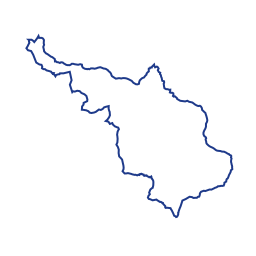 Frodisia, Nicosia, Cyprus, rotated 274°
{"feature_id": "46923920B95052440954476", "entity_name": "Frodisia", "entity_type": "district", "adm_level": 2, "iso_a3": "CYP", "parent_name": "Cyprus", "parent_adm1": "Nicosia", "projection": "albers", "projection_center": [32.668, 35.09], "detail": "fine", "context": "isolated", "style": "outline", "palette": "blue", "viewbox_px": 256, "rotation_deg": 274, "n_neighbors": 0, "source": "geoboundaries", "source_scale": "gbopen_adm2", "svg_char_len": 5692}
<svg xmlns="http://www.w3.org/2000/svg" viewBox="0 0 256 256"><g transform="rotate(274 128 128)"><path d="M105.5,233.0L105.7,232.8L106.5,232.9L107.2,233.0L107.8,232.6L108.3,231.1L109.1,230.4L109.3,229.3L109.8,228.4L110.3,227.5L110.6,226.7L111.1,225.4L111.0,223.5L111.5,221.7L111.5,220.5L111.6,218.8L111.8,217.9L112.3,216.9L112.9,216.1L113.5,215.2L114.2,213.9L114.6,212.8L115.0,211.7L115.5,210.6L116.0,209.8L116.6,209.0L117.2,208.3L117.7,207.7L118.5,207.2L120.1,206.9L121.4,206.4L122.3,206.2L123.1,206.7L123.8,206.5L124.6,205.8L125.1,204.8L126.2,204.1L127.1,203.7L128.6,203.6L130.1,204.0L131.4,204.5L132.8,205.2L134.8,205.7L135.8,205.6L137.7,205.5L139.5,206.3L140.9,206.6L142.1,206.4L143.5,206.0L145.5,205.3L146.9,204.7L148.5,204.1L149.2,203.1L150.5,201.6L151.2,200.7L153.0,200.3L154.5,199.3L155.2,198.1L154.8,196.6L155.3,194.9L156.0,193.4L157.9,190.5L158.2,188.8L158.4,187.2L159.3,185.3L158.5,183.2L158.7,179.8L158.8,178.2L159.5,176.8L160.0,175.8L160.4,175.0L161.4,174.6L162.0,173.7L162.9,172.5L162.5,171.4L163.1,170.6L164.3,171.0L165.7,170.8L166.2,170.0L166.1,168.4L166.4,167.3L167.6,167.5L169.2,167.5L169.0,166.3L169.5,164.9L169.4,163.3L170.2,161.6L171.8,161.1L172.9,160.9L174.7,160.5L175.6,160.9L177.1,160.7L177.5,158.9L178.4,158.6L180.4,158.1L181.4,157.5L183.0,157.1L184.1,156.1L185.4,156.3L186.0,154.8L187.8,153.7L189.4,154.4L190.8,153.4L191.3,152.5L190.4,150.8L191.4,150.1L193.1,149.6L191.9,148.6L190.9,147.7L190.0,147.5L189.9,146.0L189.0,145.7L188.7,144.6L187.3,144.6L185.9,144.8L184.8,143.6L183.7,142.8L182.5,142.7L181.3,141.6L179.5,140.4L178.8,138.8L178.1,138.0L177.2,137.2L176.4,136.5L175.3,136.1L174.1,135.9L172.9,135.9L172.2,134.5L172.2,132.9L173.5,130.2L174.6,129.1L175.3,128.4L175.8,127.2L176.5,125.6L177.0,124.2L177.3,123.2L177.5,121.8L177.5,120.2L177.3,118.9L176.9,117.7L177.1,116.5L177.0,115.0L176.7,113.9L176.4,112.4L177.3,110.7L178.6,108.4L179.6,107.8L180.7,107.4L181.9,106.6L182.7,105.7L183.3,104.7L184.2,104.0L184.9,102.7L185.4,101.8L185.6,100.7L185.6,99.8L185.8,99.0L186.4,97.3L186.7,96.0L186.2,94.3L185.9,93.4L185.4,92.5L184.8,90.5L185.0,89.0L184.9,86.9L183.9,85.3L184.2,84.1L183.8,83.2L184.0,82.4L184.0,81.2L184.3,80.3L185.0,78.9L186.1,78.0L188.0,77.6L188.3,75.8L187.6,73.9L187.9,70.3L188.2,68.9L188.1,67.4L187.4,66.7L186.6,65.5L186.5,63.0L186.8,61.7L187.5,60.4L187.9,59.5L188.8,58.3L188.9,56.6L188.1,55.5L188.7,53.9L188.7,52.5L189.4,51.7L189.3,50.5L191.6,50.2L193.4,47.6L193.8,46.2L196.1,42.5L196.7,41.0L198.6,39.0L200.0,38.7L201.7,38.2L202.9,37.8L204.0,38.1L205.1,38.5L206.7,38.0L208.3,38.0L209.9,38.0L211.3,37.0L211.9,35.7L211.7,33.0L213.5,32.3L211.1,31.1L209.4,30.0L207.2,28.5L208.4,27.3L209.3,25.7L209.1,22.6L208.6,23.2L207.1,23.2L206.2,23.7L203.7,22.6L202.6,22.2L201.1,21.4L200.5,21.1L198.6,22.8L198.0,26.0L194.5,28.3L186.9,31.9L185.2,35.2L185.0,37.3L183.2,38.2L181.6,38.0L180.8,39.6L180.9,41.1L179.8,42.7L179.3,45.3L178.8,47.4L177.7,48.1L177.6,50.1L176.5,49.6L176.3,50.6L174.5,52.0L175.9,52.6L176.4,53.9L176.7,54.7L176.9,55.9L177.8,56.3L178.0,59.7L180.0,66.0L171.7,68.4L167.1,67.0L159.9,69.9L160.8,70.6L160.6,72.4L161.6,74.7L161.4,77.2L159.7,79.1L158.6,82.2L157.0,84.3L153.6,85.5L151.9,85.4L150.0,82.0L148.2,82.0L146.3,80.7L143.0,80.7L143.0,81.6L143.0,82.3L142.8,84.2L142.8,84.9L142.1,86.9L142.0,87.3L141.5,87.8L140.7,88.6L140.6,89.2L140.4,90.5L140.7,91.6L141.0,92.9L141.3,93.6L141.8,94.7L144.4,97.7L144.1,99.6L144.9,100.9L145.2,101.4L146.9,102.7L147.6,104.4L148.5,107.2L146.1,107.3L144.7,107.7L143.5,108.2L142.8,108.6L141.3,108.8L139.5,109.1L138.0,108.6L137.4,108.4L134.8,106.8L133.4,105.4L132.9,108.1L130.8,109.6L131.3,110.8L131.8,112.0L131.0,112.4L130.2,112.9L129.5,113.8L128.6,115.0L128.5,115.5L128.0,116.9L127.7,118.2L126.2,119.0L125.2,118.5L123.7,117.9L122.8,117.8L120.5,117.6L118.9,118.0L118.2,118.1L116.5,118.4L113.7,118.4L112.8,118.4L110.6,117.6L109.9,118.1L108.4,119.2L105.8,120.3L102.3,120.4L99.0,121.2L97.7,122.7L96.5,123.9L96.1,124.3L93.4,125.1L92.7,125.3L90.4,126.0L88.3,126.4L88.2,126.4L86.5,126.4L84.5,125.6L82.4,127.8L82.6,129.7L83.0,131.1L82.4,134.6L82.1,135.4L81.7,137.9L81.9,138.7L81.4,140.5L82.0,141.4L81.9,142.5L82.7,142.7L82.9,143.3L82.7,143.8L82.8,144.2L83.2,144.2L83.3,144.5L82.9,145.7L82.5,146.2L82.6,146.9L82.3,147.1L81.8,147.1L81.4,147.5L81.6,148.6L82.1,149.3L81.9,150.0L81.5,150.1L80.9,151.4L80.8,151.9L80.3,152.6L80.8,153.3L80.8,154.2L81.2,154.6L80.8,154.8L80.1,154.5L79.9,154.7L79.9,154.9L79.6,155.1L79.3,155.4L79.1,155.3L78.6,155.8L78.2,156.1L77.8,156.5L77.2,156.8L75.9,157.1L73.1,157.2L72.4,157.2L70.2,156.8L70.2,156.7L68.2,154.6L67.0,154.2L64.9,153.6L63.5,154.4L63.2,154.2L61.7,153.1L61.0,153.0L60.0,152.7L58.7,153.7L58.5,155.1L57.6,157.6L58.5,161.0L58.6,161.4L58.4,161.7L57.8,162.4L57.4,163.5L57.0,163.9L56.8,164.6L56.6,164.8L56.4,165.2L56.6,165.9L56.2,166.9L55.5,167.4L55.6,168.1L54.7,168.4L52.7,170.6L51.3,170.7L50.9,171.3L51.2,172.3L51.0,176.0L49.9,176.6L48.9,177.4L46.1,179.0L43.7,180.2L43.2,181.6L42.5,182.2L42.8,183.0L43.8,183.6L44.4,183.8L45.2,184.1L45.9,184.1L46.8,183.9L47.1,184.2L48.7,184.4L51.5,185.2L53.5,185.9L58.3,187.1L59.4,187.3L61.2,190.6L63.7,194.2L63.5,196.7L62.8,198.1L63.1,200.4L63.2,201.6L64.2,202.5L64.5,203.8L66.3,204.3L67.8,204.3L69.5,205.3L70.7,208.0L70.5,209.5L72.3,213.6L72.4,215.6L73.9,218.2L74.4,218.9L74.6,219.5L75.1,220.6L75.5,221.1L76.2,221.9L76.2,222.6L76.4,223.4L76.5,224.1L76.8,224.8L76.8,226.2L77.1,227.0L77.2,227.5L78.9,228.0L80.2,228.0L80.7,228.7L81.4,229.7L81.9,229.7L83.1,229.8L84.0,230.1L84.6,230.9L85.2,231.2L85.8,231.4L86.7,231.7L88.0,232.0L89.1,232.5L90.2,233.0L91.5,233.5L93.0,233.6L94.1,234.9L94.9,234.8L95.8,234.6L96.8,234.6L97.6,234.4L98.9,233.9L100.1,233.6L101.2,233.2L102.4,233.1L103.7,233.2L104.9,233.4L105.5,233.0Z" fill="none" stroke="#1e3a8a" stroke-width="2"/></g></svg>